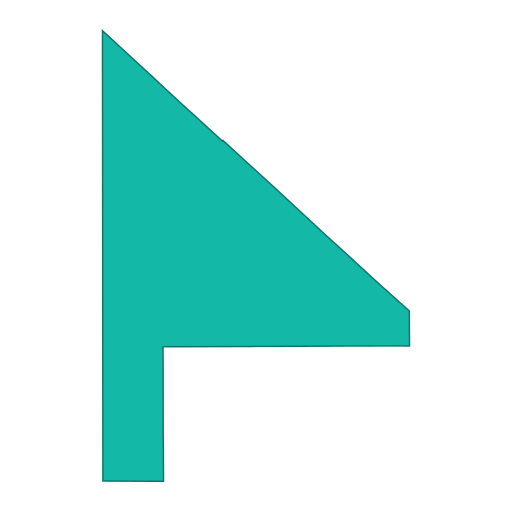 12 de Octubre, Chaco, Argentina (Equal Earth projection)
{"feature_id": "61730980B24915383692166", "entity_name": "12 de Octubre", "entity_type": "district", "adm_level": 2, "iso_a3": "ARG", "parent_name": "Argentina", "parent_adm1": "Chaco", "projection": "equal_earth", "projection_center": [-61.395, -27.324], "detail": "fine", "context": "isolated", "style": "filled", "palette": "teal", "viewbox_px": 512, "rotation_deg": 0, "n_neighbors": 0, "source": "geoboundaries", "source_scale": "gbopen_adm2", "svg_char_len": 841}
<svg xmlns="http://www.w3.org/2000/svg" viewBox="0 0 512 512"><path d="M163.5,481.3L163.5,480.9L163.3,441.6L163.2,435.9L163.1,364.9L163.0,346.7L171.5,346.7L183.0,346.7L183.9,346.7L187.3,346.7L212.1,346.6L251.5,346.5L257.3,346.4L263.9,346.4L266.2,346.4L267.0,346.4L274.9,346.4L292.5,346.3L294.6,346.3L326.1,346.1L327.9,346.1L346.8,346.0L351.5,346.0L398.3,345.9L409.5,346.0L409.5,344.9L409.3,311.0L406.2,308.2L381.7,286.3L378.3,283.2L374.9,280.1L348.5,255.8L329.8,238.8L326.3,235.7L323.9,233.4L293.1,204.9L291.8,203.7L290.8,202.7L272.3,185.6L243.6,159.4L240.2,156.3L223.0,140.5L222.5,141.2L200.4,120.9L191.2,112.5L187.7,109.5L159.9,83.8L153.0,77.2L148.7,73.3L127.7,54.0L124.7,51.2L117.0,44.1L111.4,38.9L104.4,32.5L102.5,30.7L102.5,46.3L102.5,63.2L102.9,481.0L103.1,481.0L163.5,481.3Z" fill="#14b8a6" stroke="#0f766e" stroke-width="1.5"/></svg>